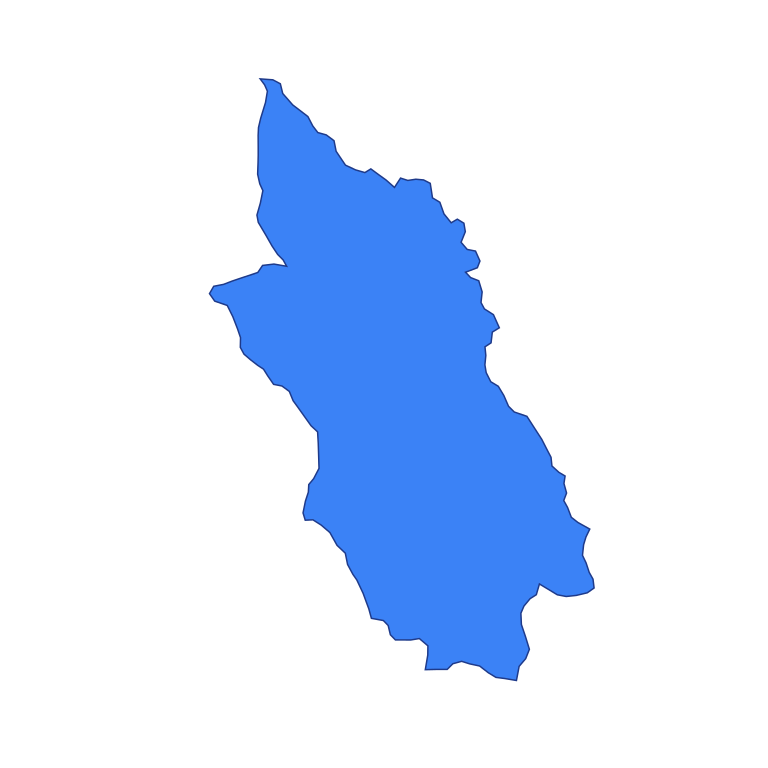 the district of Itaguaru, Goiás, Brazil, rotated 315°
{"feature_id": "56859067B43466289017785", "entity_name": "Itaguaru", "entity_type": "district", "adm_level": 2, "iso_a3": "BRA", "parent_name": "Brazil", "parent_adm1": "Goiás", "projection": "mercator", "projection_center": [-49.61, -15.762], "detail": "fine", "context": "isolated", "style": "filled", "palette": "blue", "viewbox_px": 768, "rotation_deg": 315, "n_neighbors": 0, "source": "geoboundaries", "source_scale": "gbopen_adm2", "svg_char_len": 2314}
<svg xmlns="http://www.w3.org/2000/svg" viewBox="0 0 768 768"><g transform="rotate(315 384 384)"><path d="M226.9,630.5L234.9,630.5L242.8,635.0L246.7,642.5L252.2,651.0L253.6,662.0L255.7,670.6L261.1,677.6L268.0,687.3L279.9,679.2L290.0,678.4L299.2,674.4L305.4,662.7L311.1,651.2L318.7,642.9L325.9,640.0L335.5,639.1L342.7,640.7L352.5,635.3L357.5,655.6L362.6,663.1L370.4,669.4L380.1,675.4L388.3,676.8L393.8,669.8L395.9,662.3L400.4,653.4L403.2,645.5L411.5,638.8L418.6,635.0L426.9,632.1L423.2,619.0L422.2,610.7L426.5,601.1L428.7,593.5L436.0,590.2L440.9,581.6L447.0,577.1L445.2,570.1L444.8,560.7L450.3,553.9L452.5,546.8L456.4,534.8L459.2,521.7L462.2,507.9L456.3,495.9L456.3,487.8L460.6,476.9L463.2,466.4L461.1,457.9L464.3,448.2L468.9,441.8L476.2,435.8L481.7,429.1L488.8,430.6L497.3,423.9L505.3,425.8L510.4,412.4L508.1,401.9L510.2,395.0L518.5,388.3L524.0,378.0L520.5,370.0L520.7,362.6L532.2,367.8L538.8,364.9L542.7,354.7L538.0,347.7L538.7,338.3L549.2,333.8L554.2,326.8L552.4,319.3L545.5,317.5L546.7,306.1L552.0,295.0L549.9,286.7L558.6,274.8L556.3,267.7L551.3,261.7L544.8,256.9L541.3,250.1L530.4,252.4L529.7,241.2L528.3,232.6L526.8,222.6L520.0,221.0L515.3,212.5L511.5,202.0L514.7,185.6L520.7,176.6L519.3,167.0L515.0,159.4L516.1,151.2L519.3,141.1L516.8,122.1L517.8,107.0L523.0,98.4L520.5,90.3L512.2,80.7L511.1,88.1L508.6,94.5L499.2,101.2L484.7,108.9L476.6,113.9L470.9,119.1L462.9,127.2L456.7,133.4L451.7,138.2L443.0,146.3L437.7,154.6L435.1,161.6L424.4,168.7L413.6,174.7L409.4,180.8L405.7,195.3L402.4,207.3L400.4,217.3L400.4,225.0L398.4,231.9L391.0,221.4L382.0,214.3L373.6,215.9L365.4,211.8L356.0,207.1L349.3,203.8L341.0,200.1L332.7,194.5L324.5,196.7L322.9,205.7L328.7,217.6L324.7,229.5L319.4,241.5L315.3,249.8L308.3,256.5L306.1,263.9L306.8,272.9L307.9,281.5L309.3,288.3L307.5,296.2L305.7,306.2L310.4,313.2L311.8,322.3L307.9,331.6L306.8,338.7L304.6,351.8L302.9,361.9L303.2,370.9L295.7,379.3L288.2,387.3L278.4,397.7L267.3,401.2L259.7,401.9L254.0,407.0L245.7,411.2L235.6,417.9L232.0,424.6L237.7,429.8L239.8,439.2L240.7,450.8L236.7,464.9L237.0,476.3L230.6,485.9L227.4,496.7L226.2,503.4L221.2,517.3L217.7,524.8L214.3,532.2L209.4,540.8L216.3,550.8L216.2,557.7L211.2,565.8L211.1,573.0L221.9,583.9L229.0,589.0L229.9,600.2L223.3,606.6L211.2,615.2L219.5,623.1L226.9,630.5Z" fill="#3b82f6" stroke="#1e3a8a" stroke-width="1.5"/></g></svg>